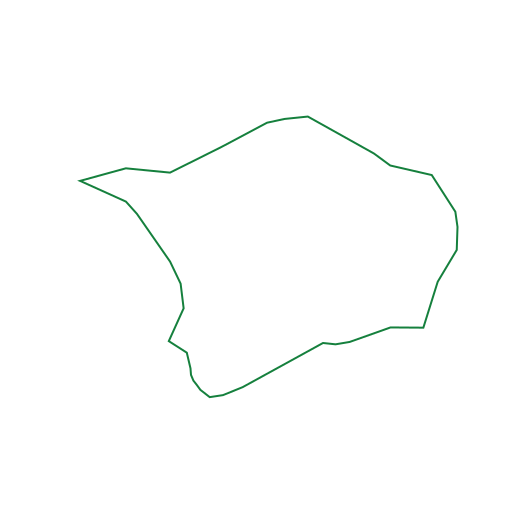 SVG path tracing the border of Dolenjske Toplice, rotated 107°
{"feature_id": "SVN-249", "entity_name": "Dolenjske Toplice", "entity_type": "Statistical Region", "adm_level": 1, "iso_a3": "SVN", "parent_name": "Slovenia", "parent_adm1": "", "projection": "natural_earth1", "projection_center": [15.054, 45.708], "detail": "fine", "context": "isolated", "style": "outline", "palette": "green", "viewbox_px": 512, "rotation_deg": 107, "n_neighbors": 0, "source": "natural_earth", "source_scale": "10m", "svg_char_len": 580}
<svg xmlns="http://www.w3.org/2000/svg" viewBox="0 0 512 512"><g transform="rotate(107 256 256)"><path d="M275.6,75.0L285.0,106.5L310.8,141.3L317.2,154.1L319.6,166.5L385.3,230.4L398.7,246.9L404.5,259.0L400.3,270.0L396.7,274.8L393.5,279.4L388.7,283.4L382.6,285.8L368.7,293.9L362.9,314.5L327.2,309.9L304.5,320.0L286.5,336.5L250.5,382.2L242.0,396.3L235.6,446.2L210.2,406.1L201.4,362.6L162.0,321.1L125.3,284.4L116.6,268.8L107.5,247.2L123.5,173.2L130.2,154.1L127.2,111.6L155.4,78.3L169.3,71.8L191.5,65.8L227.5,74.7L275.6,75.0Z" fill="none" stroke="#15803d" stroke-width="2"/></g></svg>